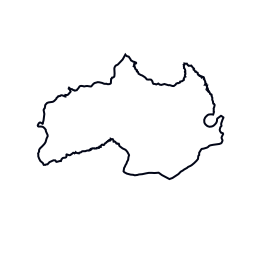 the district of Senafe, Debub, Eritrea, rotated 236°
{"feature_id": "51966322B59675289253253", "entity_name": "Senafe", "entity_type": "district", "adm_level": 2, "iso_a3": "ERI", "parent_name": "Eritrea", "parent_adm1": "Debub", "projection": "orthographic", "projection_center": [39.494, 14.702], "detail": "fine", "context": "isolated", "style": "outline", "palette": "ink", "viewbox_px": 256, "rotation_deg": 236, "n_neighbors": 0, "source": "geoboundaries", "source_scale": "gbopen_adm2", "svg_char_len": 5887}
<svg xmlns="http://www.w3.org/2000/svg" viewBox="0 0 256 256"><g transform="rotate(236 128 128)"><path d="M83.8,109.6L83.3,111.2L81.8,113.9L80.3,117.6L79.2,120.1L77.3,122.9L75.9,124.7L73.8,128.4L70.0,129.8L62.5,133.8L61.7,136.9L61.6,144.1L62.3,147.4L62.1,149.6L62.2,151.4L61.9,154.6L62.1,156.1L61.7,158.4L61.6,160.0L61.9,163.1L62.5,166.4L63.2,168.7L65.2,170.4L65.7,171.0L65.8,171.9L67.7,173.2L69.3,176.7L69.4,177.5L68.6,179.2L67.6,182.4L67.5,184.0L67.8,185.1L67.6,186.5L66.5,189.1L63.7,194.8L63.3,196.5L63.4,197.3L64.3,198.8L65.0,199.5L66.7,199.8L67.6,200.1L68.3,200.9L69.8,203.5L70.6,203.7L72.2,202.5L72.5,202.6L73.7,202.5L75.2,203.0L77.0,205.0L77.5,206.7L79.0,207.3L79.7,207.9L82.2,211.2L82.9,212.5L83.4,213.0L85.6,212.2L86.1,211.9L85.9,207.3L85.5,206.8L83.9,205.5L83.0,204.2L82.4,202.3L82.1,200.3L82.2,199.1L82.6,197.9L83.5,196.2L85.2,194.9L87.3,194.3L88.8,194.2L90.1,194.5L92.2,195.8L93.4,197.6L93.8,198.8L94.2,201.2L94.0,202.5L92.9,204.5L91.5,206.1L93.1,208.1L93.3,208.3L93.7,208.2L95.6,209.6L96.3,209.9L97.0,211.0L98.6,212.7L99.9,212.8L100.3,212.4L101.1,212.5L102.5,213.3L103.7,213.5L104.4,213.7L105.9,214.8L107.5,215.1L108.2,215.6L108.8,215.5L109.1,215.9L110.0,215.5L110.4,215.1L111.9,215.6L112.5,215.3L112.9,215.5L113.0,215.0L113.9,214.9L113.8,215.1L114.0,215.3L115.0,214.9L115.0,215.7L115.2,215.9L116.2,216.2L116.6,215.5L116.8,216.0L117.4,216.1L117.8,216.5L118.3,216.5L119.1,217.5L119.6,217.0L120.2,217.0L120.4,216.5L120.8,216.0L121.1,216.7L120.9,217.4L121.0,217.6L122.3,217.3L123.0,217.9L125.3,218.4L125.8,218.2L126.1,218.7L126.6,218.7L127.1,219.0L127.5,218.8L127.8,219.1L128.1,219.0L128.3,218.6L128.8,218.4L128.8,217.8L128.6,217.3L129.0,217.2L129.9,217.7L130.7,217.2L130.8,216.7L131.1,216.4L131.9,216.6L132.2,216.2L133.1,215.9L133.7,216.0L134.3,216.5L134.9,216.6L136.2,215.8L136.7,215.9L137.0,215.3L138.7,215.4L139.7,215.0L139.9,215.1L140.4,215.9L141.9,215.5L144.1,215.4L144.5,215.3L144.7,214.4L145.3,213.8L145.7,213.0L146.3,213.0L147.1,212.7L148.4,212.8L149.0,211.8L150.0,210.8L148.9,210.0L149.1,209.5L148.6,209.4L148.0,208.8L147.1,208.5L146.4,207.9L145.9,208.1L144.4,207.9L143.2,207.4L143.0,206.8L142.2,206.7L142.0,206.2L140.7,205.9L140.2,204.9L139.4,204.4L138.6,204.3L138.8,203.7L138.3,203.1L138.0,202.2L137.4,201.5L137.2,201.4L136.8,201.4L136.6,201.2L136.6,199.0L137.3,197.1L136.7,196.5L137.0,194.8L137.6,194.1L137.6,193.3L137.8,192.9L137.3,191.6L137.2,189.4L138.0,188.3L140.2,186.6L140.8,185.5L144.1,182.8L145.1,179.7L146.3,178.5L147.9,178.0L148.3,175.8L149.5,174.9L150.1,174.0L150.6,173.7L151.7,173.8L153.0,174.3L154.3,174.3L155.2,174.1L156.0,173.2L156.7,172.0L157.6,170.9L158.2,170.7L159.1,170.7L160.6,170.4L163.5,169.2L164.9,168.2L167.1,167.1L168.8,167.6L169.5,167.1L170.0,167.0L170.5,167.6L170.8,167.8L172.3,167.1L172.7,167.1L173.2,167.4L173.7,167.3L174.6,167.8L176.0,167.2L176.3,167.7L176.2,168.1L176.4,168.5L176.8,168.8L177.5,168.7L177.8,169.2L177.1,170.6L177.3,171.1L177.7,171.2L179.4,170.1L180.1,169.4L182.4,168.3L183.5,168.5L186.7,168.5L188.3,167.2L190.0,166.8L190.3,166.8L187.8,161.9L186.4,155.6L186.3,154.8L186.6,152.8L186.3,151.8L185.7,150.7L184.9,149.9L180.6,147.3L178.7,145.8L178.3,145.3L178.2,144.8L178.3,143.6L178.7,143.0L178.6,142.7L178.1,142.1L178.1,141.4L174.8,138.9L174.6,138.3L174.7,137.6L175.0,136.7L175.9,135.4L176.8,134.8L177.4,133.7L178.1,132.9L179.9,131.7L181.9,129.8L182.9,128.6L184.0,125.3L183.8,123.4L183.2,121.5L183.1,120.7L183.5,120.0L185.6,117.7L186.2,116.7L187.0,114.8L187.8,114.2L189.1,112.7L189.5,111.8L189.5,111.0L188.5,108.5L188.4,107.6L188.0,106.7L188.7,104.8L188.9,104.6L189.6,104.4L190.0,103.8L191.5,103.3L192.8,101.8L193.9,101.9L194.4,101.7L194.1,101.1L193.7,100.8L192.4,101.2L190.3,100.8L189.9,99.9L189.8,99.0L189.5,98.5L189.5,97.9L189.2,97.0L189.4,95.9L190.4,94.6L189.9,94.3L189.6,94.3L189.1,93.8L189.4,93.6L189.8,93.0L190.5,92.8L192.2,91.4L192.7,90.2L192.5,89.5L193.3,88.1L193.1,87.8L193.2,87.3L192.9,86.7L192.9,85.7L192.3,84.9L192.1,84.1L191.7,82.1L191.7,80.8L191.9,80.0L193.6,76.5L194.0,75.0L193.5,72.7L193.1,72.0L192.2,71.3L190.9,69.9L190.8,69.2L190.1,68.1L186.4,66.5L181.6,62.3L179.9,60.3L179.3,59.9L179.3,59.5L181.3,58.6L181.8,58.1L181.9,57.4L181.7,56.5L180.7,54.7L179.8,54.4L179.3,54.6L178.1,56.4L177.0,57.7L176.0,58.3L174.3,58.7L172.4,58.8L171.9,58.4L171.0,58.1L167.1,57.4L166.1,56.8L164.8,54.6L162.5,51.9L162.0,50.9L161.5,49.6L160.8,46.6L160.3,43.7L159.7,42.3L159.0,41.6L158.3,41.2L157.0,39.1L156.3,38.9L154.7,37.8L152.3,37.2L149.7,36.9L146.6,37.8L144.6,37.5L144.4,37.9L143.7,38.7L143.6,39.7L142.9,41.0L143.6,43.8L142.9,48.1L141.8,49.6L140.8,49.7L140.2,49.6L139.8,49.9L138.7,53.1L138.1,53.9L139.2,55.3L139.6,57.0L139.4,57.7L138.5,59.4L138.4,60.3L139.0,61.3L140.2,61.9L140.4,62.3L140.3,62.5L138.3,64.1L137.9,64.8L137.8,65.5L138.0,66.5L137.9,67.0L138.1,68.7L137.7,69.2L136.9,69.5L137.0,70.2L136.8,70.6L137.0,71.0L136.5,71.0L136.2,71.5L135.5,71.9L135.0,72.7L134.4,73.1L134.7,73.9L134.2,75.2L134.3,77.1L132.7,79.5L132.3,81.1L131.7,82.4L131.1,82.9L131.3,83.4L131.3,83.7L130.7,84.4L130.7,84.6L131.5,85.1L131.5,85.4L130.9,85.8L131.2,86.8L131.1,87.1L130.6,87.4L130.3,88.4L130.1,88.7L129.5,88.9L129.3,89.4L128.6,90.5L129.0,90.9L128.7,91.6L128.5,92.0L127.7,92.6L127.7,92.9L128.5,93.5L128.6,93.8L128.4,94.2L127.6,94.6L127.5,94.8L128.4,95.3L128.4,96.0L128.8,96.7L128.6,97.4L127.6,98.1L127.4,98.9L128.1,100.0L128.0,101.7L128.4,102.6L128.1,103.4L128.1,103.7L128.5,104.2L128.1,105.0L128.6,105.7L128.5,106.1L127.6,106.2L127.6,106.7L128.7,107.6L128.1,107.9L127.3,109.1L125.3,108.9L124.8,108.4L124.5,108.6L124.4,109.3L123.7,109.7L122.9,109.8L121.7,109.7L121.4,109.9L121.3,110.4L120.6,110.6L120.2,111.5L119.5,111.5L118.4,110.9L117.6,110.9L114.1,112.1L111.8,113.5L110.7,113.9L108.5,114.1L105.3,113.8L104.9,113.7L103.5,112.0L101.6,110.4L100.4,108.1L99.4,106.9L98.5,104.9L97.8,104.0L97.1,102.5L94.6,100.1L93.4,100.2L90.9,101.5L90.2,102.1L87.9,104.1L86.3,106.1L85.0,107.2L83.8,109.6Z" fill="none" stroke="#020617" stroke-width="2"/></g></svg>